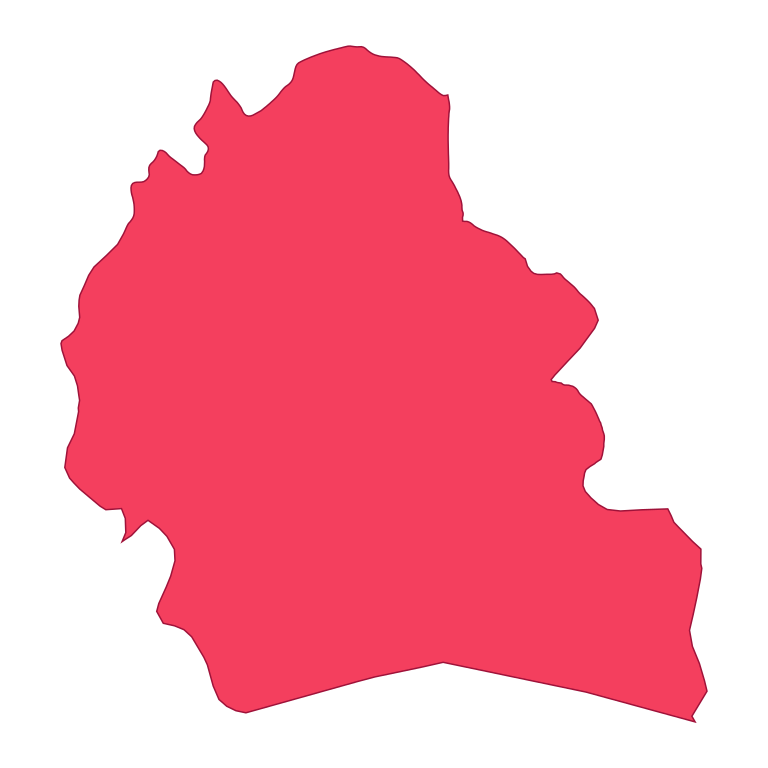 Lhamoizingkha, Geylegphug, Bhutan (Robinson projection)
{"feature_id": "84629894B38821780913292", "entity_name": "Lhamoizingkha", "entity_type": "district", "adm_level": 2, "iso_a3": "BTN", "parent_name": "Bhutan", "parent_adm1": "Geylegphug", "projection": "robinson", "projection_center": [89.795, 26.759], "detail": "fine", "context": "isolated", "style": "filled", "palette": "rose", "viewbox_px": 768, "rotation_deg": 0, "n_neighbors": 0, "source": "geoboundaries", "source_scale": "gbopen_adm2", "svg_char_len": 5988}
<svg xmlns="http://www.w3.org/2000/svg" viewBox="0 0 768 768"><path d="M61.0,343.6L62.1,350.3L67.0,365.6L74.4,376.0L77.5,385.9L78.8,395.2L79.6,400.4L78.3,408.0L78.6,411.6L74.3,433.8L67.5,447.8L64.8,467.5L69.6,478.1L74.1,483.2L79.8,489.1L89.4,497.2L100.0,506.1L105.8,509.7L121.5,508.6L125.3,518.4L125.8,532.6L122.1,541.6L125.0,539.6L131.4,535.5L140.8,525.6L148.0,520.3L159.3,528.3L166.9,536.3L174.4,549.3L175.0,560.7L170.7,576.1L166.3,586.9L158.8,603.5L156.7,611.4L163.3,623.3L174.5,625.8L184.0,629.7L191.7,636.8L203.9,657.3L207.4,664.9L213.2,686.0L219.0,699.5L226.8,706.3L235.9,710.7L245.9,712.8L357.6,681.5L374.9,676.9L423.2,666.8L443.1,662.3L585.7,692.0L695.1,721.9L691.9,716.2L707.0,691.2L704.5,680.8L699.4,663.5L692.4,646.4L689.5,630.3L693.2,614.4L696.8,597.6L700.4,578.9L701.8,568.3L700.8,564.0L700.9,549.1L692.6,541.5L678.0,526.6L673.9,522.3L671.2,515.8L667.8,508.9L641.8,509.8L620.4,511.0L607.2,509.5L598.4,504.5L591.0,497.9L585.3,491.5L583.0,485.8L583.2,480.9L584.1,476.2L584.6,473.0L586.0,469.6L590.0,466.5L594.6,463.7L595.9,462.5L601.0,459.1L602.3,454.9L603.8,446.5L603.8,443.4L604.3,439.3L604.3,436.0L603.9,434.1L603.2,432.0L602.5,430.1L602.2,428.0L601.1,424.9L600.6,422.8L599.6,421.2L598.8,419.1L597.9,417.1L597.1,415.2L596.2,413.2L595.3,411.3L594.3,409.4L593.3,407.5L592.3,405.6L591.2,403.8L589.5,402.4L587.9,401.0L586.3,399.7L584.7,398.3L583.1,396.9L581.5,395.6L580.0,394.1L578.7,392.4L577.7,390.5L576.2,388.7L574.6,387.4L572.8,386.3L570.8,385.8L568.8,385.2L566.8,385.1L564.7,385.1L562.8,384.4L561.3,383.1L559.2,382.8L557.2,382.5L555.2,381.7L552.1,381.5L551.2,379.5L553.3,377.0L554.7,375.2L567.9,361.0L580.1,348.1L586.5,339.3L594.6,328.3L598.2,320.2L594.4,308.4L593.1,306.9L591.7,305.1L590.2,303.3L588.6,301.6L587.0,300.0L585.3,298.4L583.6,296.8L581.9,295.3L580.1,293.8L578.5,292.1L577.1,290.3L575.6,288.5L574.0,286.8L572.3,285.3L570.5,283.8L568.8,282.3L567.0,280.8L565.2,279.3L563.6,277.7L562.0,275.7L560.4,274.0L556.7,272.9L554.4,273.9L551.2,274.3L546.6,274.3L541.3,274.5L537.5,274.4L533.8,273.4L531.0,271.2L527.5,266.3L525.2,258.8L523.4,257.6L521.8,255.9L520.2,254.2L518.6,252.6L517.0,250.9L515.4,249.2L513.8,247.6L512.1,246.0L510.4,244.4L508.7,242.8L507.0,241.2L505.2,239.7L503.4,238.4L501.5,237.2L499.5,236.2L497.4,235.3L495.2,234.6L493.0,233.9L490.9,233.1L488.7,232.4L486.5,231.8L484.3,231.1L482.2,230.3L480.2,229.3L478.1,228.3L476.1,227.2L474.1,225.9L472.5,224.4L470.5,222.9L468.8,222.0L466.9,221.4L464.5,221.4L462.6,221.1L462.5,217.4L463.1,215.1L463.1,213.0L462.1,210.1L461.9,207.2L461.9,205.2L461.6,203.2L461.1,200.8L460.4,198.6L459.6,196.4L458.6,194.2L457.7,192.1L456.6,190.0L455.5,187.9L454.5,185.8L453.3,183.7L452.1,181.7L450.8,179.7L449.7,177.6L449.0,175.4L448.7,173.1L448.6,170.8L448.7,168.3L448.7,165.9L448.7,163.5L448.5,156.4L448.4,154.1L448.3,149.3L448.2,144.6L448.1,139.8L448.1,137.5L448.1,135.1L448.2,130.4L448.2,128.0L448.3,125.6L448.4,123.3L448.5,120.9L448.6,118.5L448.8,116.1L448.9,113.8L449.2,111.4L449.6,109.1L449.6,106.7L449.4,104.4L449.1,102.0L448.6,99.7L448.2,97.4L447.8,95.0L445.6,95.5L443.3,95.6L441.3,94.6L439.4,93.3L437.6,91.8L435.9,90.3L434.1,88.8L432.4,87.3L430.6,85.9L428.8,84.4L427.1,82.9L425.4,81.3L423.7,79.7L422.1,78.1L420.5,76.4L418.9,74.7L417.2,73.1L415.6,71.4L414.0,69.8L412.3,68.3L410.5,66.7L408.8,65.3L407.0,63.8L405.1,62.4L403.3,61.1L401.4,59.8L399.4,58.6L397.3,57.8L395.1,57.5L392.8,57.3L390.6,57.1L388.3,57.0L386.0,56.9L383.8,56.7L381.6,56.5L379.3,56.1L377.1,55.5L374.9,54.9L372.8,54.0L370.9,52.9L369.0,51.6L367.2,50.1L365.5,48.5L363.6,47.3L361.4,46.7L359.2,46.8L356.9,46.9L354.7,46.7L352.4,46.4L350.2,46.1L347.9,46.2L345.7,46.7L343.5,47.2L341.3,47.8L339.1,48.3L336.9,48.9L334.7,49.4L332.5,50.0L330.3,50.6L328.2,51.2L326.0,51.8L323.8,52.5L321.6,53.2L319.5,53.9L317.4,54.7L315.2,55.5L313.1,56.3L311.0,57.1L308.9,58.0L306.8,58.9L304.7,59.8L302.6,60.8L300.6,61.8L298.6,62.9L297.0,64.5L295.9,66.6L295.2,68.9L294.7,71.2L294.2,73.5L293.7,75.8L293.1,78.1L292.2,80.3L290.9,82.2L289.3,83.9L287.5,85.3L285.6,86.6L283.9,88.2L282.4,89.9L280.9,91.7L279.5,93.6L278.1,95.4L276.5,97.2L274.9,98.8L273.2,100.4L271.5,101.9L269.8,103.5L268.0,105.0L266.3,106.5L264.5,107.9L262.7,109.4L260.9,110.8L258.9,111.9L256.9,113.0L254.9,114.1L252.9,115.2L250.8,115.9L248.5,116.1L246.3,115.5L244.5,114.2L243.1,112.3L242.1,110.2L241.2,108.0L239.9,106.0L238.6,104.2L237.1,102.3L235.5,100.7L233.9,99.0L232.3,97.3L230.8,95.5L229.5,93.6L228.2,91.7L226.9,89.7L225.6,87.8L224.2,85.9L222.7,84.1L221.1,82.5L219.3,81.2L217.2,80.2L215.0,80.5L213.3,82.0L212.8,84.3L212.4,86.6L211.5,91.3L211.1,93.6L210.8,95.9L210.5,98.3L210.3,100.7L209.6,102.9L208.7,105.1L207.6,107.2L206.6,109.3L205.5,111.4L204.4,113.4L203.2,115.4L201.9,117.4L200.5,119.2L198.8,120.8L197.1,122.4L195.7,124.2L194.5,126.3L194.2,128.6L194.7,130.9L195.7,133.0L197.0,134.9L198.5,136.7L200.0,138.4L201.7,140.1L203.4,141.6L205.1,143.2L206.8,144.8L208.1,146.7L208.4,149.0L207.8,151.3L206.6,153.3L205.2,155.1L204.7,156.9L204.5,159.3L204.6,161.7L204.5,164.0L204.4,166.4L203.9,168.7L203.1,170.9L201.4,173.4L199.4,174.3L197.1,174.8L194.9,174.9L192.6,174.8L190.5,174.0L188.6,172.7L186.9,171.1L185.5,169.2L183.9,167.6L182.1,166.2L180.2,164.8L178.4,163.4L176.6,162.0L174.8,160.6L173.0,159.2L171.1,157.8L169.3,156.3L167.7,154.6L166.2,152.9L164.4,151.5L162.3,150.5L160.0,150.3L158.3,151.6L157.6,154.0L156.8,156.2L155.7,158.3L154.4,160.3L152.9,162.0L151.2,163.5L149.7,165.3L148.9,167.5L148.8,169.9L149.0,172.3L149.3,174.6L148.7,176.9L147.4,178.8L145.7,180.4L143.8,181.6L141.6,182.1L139.3,182.2L137.0,182.2L134.8,182.5L132.7,183.5L131.4,185.5L131.0,187.8L131.1,190.2L131.4,192.6L131.9,194.9L132.6,197.1L133.1,199.4L133.6,201.8L134.0,204.1L134.2,206.4L134.3,208.8L134.3,211.2L134.2,213.6L133.7,215.9L132.8,218.0L131.5,220.0L130.1,221.8L128.5,223.5L127.3,225.6L126.3,227.7L125.4,229.8L124.4,232.0L123.4,234.1L117.6,244.4L106.4,255.5L94.0,267.0L88.7,275.3L84.3,285.6L79.9,295.2L79.1,300.1L78.8,306.3L79.7,317.4L78.2,323.3L74.1,331.0L68.5,336.3L62.0,340.7L61.0,343.6Z" fill="#f43f5e" stroke="#9f1239" stroke-width="1.5"/></svg>